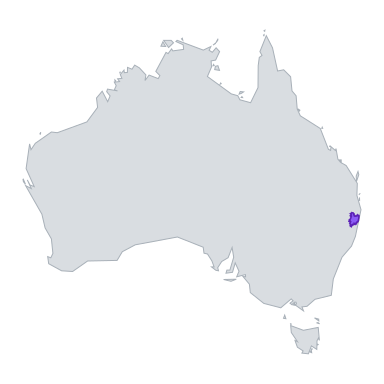 location of Clarence Valley, New South Wales, Australia
{"feature_id": "25037944B11916296746250", "entity_name": "Clarence Valley", "entity_type": "district", "adm_level": 2, "iso_a3": "AUS", "parent_name": "Australia", "parent_adm1": "New South Wales", "projection": "robinson", "projection_center": [152.635, -29.694], "detail": "fine", "context": "in_parent", "style": "filled", "palette": "violet", "viewbox_px": 384, "rotation_deg": 0, "n_neighbors": 0, "source": "geoboundaries", "source_scale": "gbopen_adm2", "svg_char_len": 6520}
<svg xmlns="http://www.w3.org/2000/svg" viewBox="0 0 384 384"><path d="M272.5,47.8L277.6,71.0L283.7,69.8L290.6,76.7L292.0,90.9L296.1,95.8L297.2,109.0L300.3,115.8L320.3,128.5L328.4,149.3L330.6,150.4L331.0,146.7L335.4,150.5L336.0,148.6L337.9,159.2L340.5,162.3L346.2,165.6L357.3,183.4L356.9,195.4L361.0,209.7L355.4,236.4L351.5,246.1L342.0,257.2L333.3,279.0L331.3,295.3L315.0,299.3L307.0,306.3L302.0,306.9L303.5,310.9L295.4,305.1L296.5,303.7L296.0,302.2L294.5,302.2L291.9,304.7L290.0,303.2L293.1,300.8L291.2,298.9L280.8,307.8L263.8,303.4L250.3,292.6L249.4,284.2L243.0,276.5L245.6,276.8L245.4,274.6L236.7,276.8L239.0,271.2L235.2,262.9L232.5,272.3L226.0,273.2L226.9,270.1L229.9,270.1L233.7,257.2L232.1,247.5L228.1,257.7L221.7,261.5L217.7,267.7L218.5,270.8L215.9,270.3L211.5,266.9L214.1,266.9L211.9,260.9L207.5,254.0L204.0,253.2L203.2,247.2L177.4,237.0L135.3,244.8L122.3,251.7L117.1,260.4L87.6,261.0L72.6,271.5L61.6,270.8L48.7,263.7L47.7,256.6L50.8,257.8L52.9,253.4L51.4,238.9L45.1,227.9L41.9,214.2L25.6,185.6L31.3,188.6L27.3,179.9L30.0,185.0L34.2,186.6L26.1,168.6L29.6,143.9L31.0,149.7L35.3,143.3L51.4,132.0L57.3,132.7L86.9,121.9L97.6,107.4L96.5,98.0L102.2,91.2L107.7,101.7L110.1,95.9L106.7,91.7L107.5,89.1L117.5,90.9L114.3,89.9L116.2,85.7L114.3,82.1L119.6,81.6L117.6,78.8L121.9,78.4L120.3,74.5L124.0,70.1L124.3,72.7L127.4,72.4L127.5,67.4L132.0,69.2L134.7,65.1L139.4,67.9L145.9,74.9L145.0,80.5L149.1,75.1L158.2,78.6L159.9,75.6L155.8,71.4L166.0,52.4L168.1,53.6L171.6,48.9L172.8,50.9L183.6,49.4L183.2,44.8L175.9,41.5L177.1,40.3L203.3,50.1L210.9,46.5L209.1,50.3L212.3,52.3L216.1,47.8L219.6,51.6L215.6,60.1L211.1,60.9L211.5,67.0L207.4,76.5L231.3,93.9L237.8,95.7L239.9,99.8L250.6,102.7L258.0,87.6L258.2,65.6L259.3,57.4L262.0,55.4L259.9,51.6L266.3,35.7L272.5,47.8ZM290.7,325.6L303.4,330.3L318.2,327.4L319.4,340.4L318.4,338.1L317.0,340.8L316.8,349.4L311.4,345.9L308.4,353.8L301.9,353.1L303.1,350.9L297.4,347.2L295.0,340.5L297.5,341.7L291.3,332.5L290.7,325.6ZM163.7,40.4L171.2,40.4L173.5,42.8L168.6,47.5L163.7,40.4ZM223.6,279.5L236.3,279.2L231.0,281.3L223.6,279.5ZM217.9,65.7L219.5,70.4L214.7,69.6L215.4,66.3L217.9,65.7ZM356.5,181.4L356.2,176.0L358.0,171.5L358.8,174.7L356.5,181.4ZM314.5,317.9L318.7,319.1L318.8,320.9L314.5,317.9ZM162.9,41.8L165.7,46.5L160.9,46.2L162.9,41.8ZM285.9,318.7L283.5,318.3L284.7,315.1L285.9,318.7ZM243.6,91.9L241.3,93.4L239.1,94.1L240.2,91.5L243.6,91.9ZM25.5,184.3L23.4,181.7L23.0,179.3L23.3,179.1L25.5,184.3ZM318.0,322.6L319.6,323.8L316.5,322.8L318.0,322.6ZM339.5,159.9L341.2,159.9L341.2,162.3L339.5,159.9ZM297.8,108.8L299.9,110.2L299.5,111.0L297.8,108.8ZM311.4,350.6L311.7,352.7L310.1,352.0L311.4,350.6ZM359.5,197.4L359.6,200.4L359.4,200.3L359.5,197.4ZM182.8,40.2L181.5,38.9L182.3,38.2L182.8,40.2ZM217.7,40.4L215.9,42.8L218.0,38.7L217.7,40.4ZM359.8,193.8L358.9,194.8L359.5,193.8L359.8,193.8ZM221.2,83.7L220.1,84.2L220.7,83.0L221.2,83.7ZM214.2,65.6L212.9,65.8L213.6,64.4L214.2,65.6ZM40.7,132.2L40.5,134.1L39.9,133.9L40.7,132.2ZM264.1,34.6L264.0,36.2L263.5,35.1L264.1,34.6ZM294.6,303.0L294.9,304.0L294.5,303.7L294.6,303.0ZM215.5,43.5L213.0,45.1L215.5,43.1L215.5,43.5ZM120.4,72.2L119.5,73.3L120.1,72.0L120.4,72.2ZM312.3,349.0L311.5,349.5L311.9,348.7L312.3,349.0ZM242.6,97.6L241.2,97.5L241.9,96.6L242.6,97.6ZM115.7,80.7L115.0,81.4L114.9,79.9L115.7,80.7ZM318.2,344.6L317.1,345.2L317.4,344.0L318.2,344.6ZM264.9,30.2L264.7,31.3L264.0,30.8L264.9,30.2ZM294.0,304.3L295.1,305.3L293.3,305.0L294.0,304.3ZM322.7,128.4L321.8,128.4L322.2,127.2L322.7,128.4ZM330.2,146.5L329.7,146.5L330.1,145.5L330.2,146.5ZM291.2,324.0L290.9,324.8L290.6,323.8L291.2,324.0Z" fill="#d9dde1" stroke="#a8b0b8" stroke-width="1"/><path d="M351.2,226.6L351.3,226.4L351.5,226.4L351.6,226.0L351.6,225.9L351.6,225.7L351.7,225.8L351.8,225.6L352.0,225.5L352.0,225.4L352.2,225.2L352.3,224.9L352.2,224.9L352.3,224.8L352.5,224.9L352.6,225.0L352.7,224.9L352.7,225.0L352.8,225.0L353.0,225.0L353.2,224.8L353.4,224.7L353.5,224.5L353.4,224.4L353.8,224.4L354.3,224.4L354.2,224.3L354.3,224.2L354.2,224.2L354.3,223.9L354.3,223.7L354.4,223.8L354.5,223.9L354.7,224.0L354.8,223.9L354.9,223.7L354.9,223.8L355.1,223.9L355.2,224.0L355.3,223.7L355.6,223.8L355.7,223.6L355.6,223.4L355.8,223.4L355.8,223.5L355.9,223.4L356.0,223.5L356.0,223.4L356.2,223.2L356.3,223.2L356.2,222.9L356.3,223.0L356.4,222.9L356.6,222.9L356.5,223.0L356.6,222.8L356.7,222.7L356.8,222.5L356.8,222.4L357.1,222.3L357.1,222.1L356.9,222.0L357.0,221.9L357.4,221.7L357.6,221.7L357.8,221.5L358.0,221.7L358.0,221.9L358.1,221.7L358.1,221.4L358.1,221.2L358.2,220.9L358.3,220.8L358.2,220.6L358.4,220.3L358.3,220.2L358.4,219.8L358.5,219.6L358.6,219.4L358.5,219.2L358.7,218.7L358.7,218.1L358.9,217.9L358.9,217.7L358.8,217.4L358.9,217.1L358.9,216.9L358.9,216.7L359.0,216.4L358.9,216.4L358.7,216.1L358.7,215.9L358.7,215.7L358.8,215.4L358.5,215.2L358.4,215.2L358.2,215.3L357.6,215.2L357.6,215.4L357.4,215.4L357.2,215.3L357.2,215.2L357.0,215.4L357.1,215.6L356.8,215.5L356.7,215.9L356.4,216.0L356.0,216.2L355.9,216.1L355.7,216.0L355.4,216.1L355.3,215.9L355.2,215.8L355.0,216.0L354.9,215.8L354.7,215.9L354.6,216.0L354.5,215.9L354.3,215.9L354.3,215.7L354.3,215.1L354.2,215.1L354.0,214.8L353.9,214.8L353.9,214.7L353.7,214.7L353.6,214.4L353.7,214.2L353.8,213.9L353.9,213.7L353.7,213.6L353.5,213.3L353.3,213.2L353.1,213.0L353.1,212.9L352.0,212.7L351.8,212.6L351.6,212.5L351.4,212.6L351.5,212.6L351.5,212.8L351.4,213.0L351.1,213.2L351.3,213.2L351.3,213.4L351.2,213.5L351.4,213.7L351.3,214.2L351.1,214.3L351.1,214.5L351.0,214.9L351.1,215.1L350.9,215.2L350.6,215.2L350.6,215.3L350.5,215.2L350.4,215.4L350.3,215.5L350.2,215.6L350.2,215.8L350.4,216.0L351.4,216.3L351.3,216.5L351.2,216.5L351.0,217.0L350.9,217.0L351.0,217.7L351.0,217.8L350.9,217.9L350.6,218.1L350.4,219.0L350.2,219.1L350.2,219.3L350.2,219.2L350.1,219.3L349.9,219.4L349.8,219.6L349.8,219.9L349.7,219.9L349.8,220.1L349.7,220.1L349.4,220.2L349.3,220.3L349.3,220.5L349.2,220.5L349.1,220.8L349.1,221.0L349.0,221.3L349.3,221.3L349.3,221.2L349.4,221.3L349.5,221.3L349.6,221.2L349.9,221.0L350.0,221.1L349.9,221.2L350.0,221.3L350.0,221.6L349.9,221.7L349.9,221.8L350.0,221.8L349.9,221.9L349.9,222.1L350.0,222.2L350.0,222.3L350.2,222.5L350.3,222.5L350.2,222.7L350.2,222.9L350.1,223.0L350.1,223.3L349.9,223.5L350.1,223.6L350.1,223.8L350.2,224.0L350.3,224.1L350.2,224.1L350.1,224.3L350.2,224.2L350.3,224.3L350.2,224.3L350.2,224.5L350.3,224.5L350.5,224.7L350.5,224.8L350.4,224.9L350.4,225.0L350.5,225.1L350.4,225.3L350.5,225.3L350.5,225.5L350.5,225.8L350.5,226.0L350.7,225.9L350.7,226.0L350.8,226.0L351.2,226.6Z" fill="#8b5cf6" stroke="#5b21b6" stroke-width="1.5"/></svg>